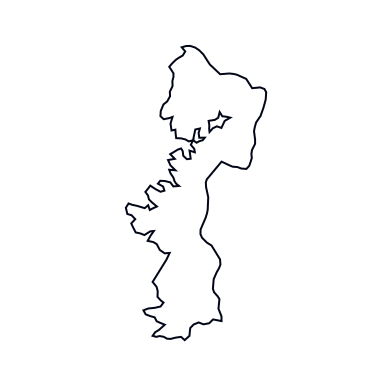 outline of Rifaina, São Paulo, Brazil, rotated 51°
{"feature_id": "56859067B80116249125616", "entity_name": "Rifaina", "entity_type": "district", "adm_level": 2, "iso_a3": "BRA", "parent_name": "Brazil", "parent_adm1": "São Paulo", "projection": "orthographic", "projection_center": [-47.445, -20.065], "detail": "fine", "context": "isolated", "style": "outline", "palette": "ink", "viewbox_px": 384, "rotation_deg": 51, "n_neighbors": 0, "source": "geoboundaries", "source_scale": "gbopen_adm2", "svg_char_len": 2701}
<svg xmlns="http://www.w3.org/2000/svg" viewBox="0 0 384 384"><g transform="rotate(51 192 192)"><path d="M73.1,108.9L78.5,108.8L80.1,113.3L79.4,117.7L79.1,121.4L79.6,126.7L80.4,130.9L88.1,131.7L91.0,134.1L93.4,137.4L97.5,140.5L100.1,146.1L103.8,148.8L106.0,154.3L106.0,159.1L109.4,165.3L113.2,168.8L117.6,168.2L120.2,163.3L121.4,159.9L125.3,165.6L131.3,169.2L133.1,165.7L136.2,167.9L140.2,170.4L143.4,166.8L146.9,164.1L150.7,162.6L152.4,158.6L154.6,163.2L159.9,163.1L162.9,164.8L158.3,167.9L161.9,170.0L165.3,172.1L163.3,175.3L158.4,176.0L154.4,173.5L151.3,173.1L150.1,176.4L149.6,180.3L148.9,185.1L155.4,184.5L152.1,190.5L157.8,192.0L164.7,191.2L160.4,195.7L164.1,197.0L169.2,197.4L172.3,198.7L175.5,199.1L179.1,198.3L175.9,203.0L170.9,202.8L166.5,206.1L163.3,209.6L164.1,213.2L169.6,211.0L173.6,212.6L172.0,216.3L166.7,218.6L160.8,220.4L161.8,224.4L162.6,228.2L167.0,228.4L170.6,230.1L174.7,229.7L181.2,228.4L180.1,232.6L179.4,236.1L174.7,234.4L174.8,238.9L168.1,243.5L164.1,246.7L161.0,248.5L162.6,253.3L168.4,256.1L172.0,253.6L177.4,253.2L178.2,259.0L182.3,260.0L188.0,261.2L191.7,258.2L195.5,256.1L196.3,249.2L198.3,246.2L199.9,251.8L202.1,257.2L206.5,253.6L210.3,252.2L213.3,252.8L216.8,253.5L222.5,251.8L225.3,247.7L228.6,254.7L237.1,279.2L243.4,279.2L247.4,281.0L251.8,284.8L256.8,284.5L260.0,283.7L261.2,288.5L258.6,293.8L255.0,299.3L253.4,304.2L257.9,305.0L262.1,302.6L265.9,299.9L270.2,300.8L273.4,299.2L278.0,296.7L278.4,304.6L277.8,308.8L279.0,313.1L282.1,310.9L283.6,307.8L286.7,305.1L290.3,303.7L292.7,301.1L295.0,296.1L297.7,291.7L302.5,290.9L302.2,284.5L298.9,281.3L296.6,278.9L296.0,274.1L297.6,268.9L302.0,266.4L304.8,261.3L304.3,255.8L310.9,250.3L307.1,247.3L299.4,244.9L292.5,238.1L289.4,237.7L283.7,237.9L280.3,236.6L273.4,230.0L270.0,223.5L268.3,219.1L266.3,215.6L262.0,212.6L245.9,210.5L240.6,212.3L233.8,213.0L230.0,211.9L226.6,209.0L222.9,202.0L220.7,197.8L217.9,193.6L215.6,190.9L206.3,182.7L197.1,178.0L193.3,175.3L191.5,172.6L187.0,149.9L194.9,146.1L197.9,144.5L201.2,141.0L204.8,138.9L208.3,135.2L207.7,131.0L203.3,124.2L199.7,121.8L197.1,118.9L194.3,112.7L191.0,110.0L183.7,105.5L180.8,102.0L178.3,98.4L176.0,90.8L171.4,83.3L166.5,76.5L161.1,71.5L157.5,70.9L153.6,73.2L149.2,79.9L138.2,78.7L129.1,83.3L126.3,85.5L123.4,88.4L118.2,96.0L104.1,97.9L92.2,96.6L86.4,97.2L81.8,98.6L77.3,101.5L74.8,104.8L73.1,108.9ZM156.4,140.6L153.7,138.9L151.0,136.5L147.2,134.3L150.3,128.9L150.8,124.9L147.3,120.2L152.2,120.8L155.4,117.7L158.3,115.5L157.3,121.8L160.7,128.8L156.6,131.4L155.6,135.7L156.4,140.6ZM152.4,158.6L145.5,150.1L147.6,145.9L150.3,149.7L154.4,152.2L157.8,147.9L158.5,151.1L157.2,154.1L156.6,157.4L152.4,158.6Z" fill="none" stroke="#020617" stroke-width="2"/></g></svg>